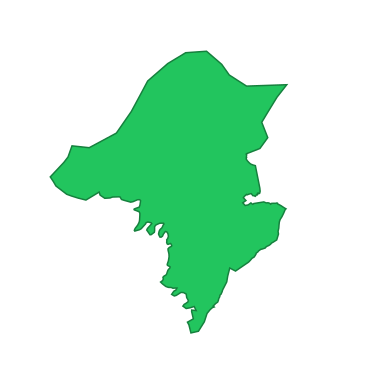 the district of Ohaozara, Ebonyi, Nigeria, rotated 69°
{"feature_id": "59680162B76130047047659", "entity_name": "Ohaozara", "entity_type": "district", "adm_level": 2, "iso_a3": "NGA", "parent_name": "Nigeria", "parent_adm1": "Ebonyi", "projection": "natural_earth1", "projection_center": [7.82, 6.011], "detail": "fine", "context": "isolated", "style": "filled", "palette": "green", "viewbox_px": 384, "rotation_deg": 69, "n_neighbors": 0, "source": "geoboundaries", "source_scale": "gbopen_adm2", "svg_char_len": 3576}
<svg xmlns="http://www.w3.org/2000/svg" viewBox="0 0 384 384"><g transform="rotate(69 192 192)"><path d="M65.8,128.0L59.7,148.0L61.5,158.0L63.4,168.6L72.5,193.6L81.7,204.2L95.1,219.8L109.9,241.5L113.8,272.1L105.9,287.5L114.9,295.2L118.5,301.1L127.1,318.9L133.0,317.6L137.6,316.9L149.2,309.8L152.6,305.9L156.8,300.6L161.5,293.9L158.8,278.7L162.0,278.9L166.6,275.7L168.2,270.6L168.2,268.1L170.3,262.0L170.8,261.0L173.7,260.5L175.5,258.3L177.2,256.0L179.5,252.9L179.9,250.6L179.7,245.6L180.4,243.6L181.7,243.1L185.6,245.3L187.2,246.7L187.1,251.5L187.3,252.3L188.0,252.3L191.5,248.4L193.2,248.3L195.0,249.0L199.6,251.1L201.3,252.2L203.4,254.5L205.6,258.1L207.1,259.6L208.0,259.4L208.1,257.8L208.4,254.6L208.1,252.6L205.1,246.7L204.2,245.9L204.2,243.9L206.1,241.2L207.1,240.9L208.7,244.0L210.1,246.7L211.3,247.9L216.9,246.5L217.2,245.3L216.1,241.6L214.8,240.8L210.9,239.3L209.8,237.3L209.6,233.4L210.2,231.5L211.0,229.7L211.9,229.7L212.4,230.6L214.6,232.8L215.6,235.3L216.8,236.7L219.2,238.3L220.6,238.3L222.6,238.1L223.1,237.0L222.7,235.4L221.0,233.7L219.3,231.0L220.1,229.9L222.2,229.4L224.9,229.9L226.7,231.4L227.6,232.8L228.7,233.0L229.8,233.7L231.5,233.8L232.3,233.2L232.4,230.4L233.4,230.2L234.9,230.1L235.4,230.7L235.5,232.4L235.9,233.7L236.5,234.8L237.8,235.2L241.5,235.7L244.2,236.6L247.8,238.7L250.7,241.1L251.7,241.2L253.9,239.3L254.9,239.7L255.9,241.8L256.6,242.7L258.0,243.9L259.3,244.9L259.9,245.6L260.2,246.3L260.5,248.3L261.2,249.7L263.1,250.0L264.2,251.4L264.8,253.6L267.2,252.5L269.7,251.0L270.9,250.2L272.6,248.2L273.7,245.6L275.0,244.3L275.8,241.6L276.3,240.5L277.9,242.4L278.0,244.2L278.7,245.4L280.3,247.7L282.7,245.8L282.9,243.8L281.8,238.3L282.9,235.9L285.2,234.0L288.7,234.8L291.7,234.3L293.1,235.1L293.8,237.7L294.1,239.6L295.3,241.4L298.7,239.2L299.4,235.3L299.7,231.0L304.2,230.6L302.1,234.6L303.5,235.2L310.9,236.2L311.9,242.9L314.9,242.5L323.2,243.5L324.3,235.9L317.6,227.0L310.8,221.5L308.3,217.2L307.2,214.2L307.3,212.5L306.1,213.1L304.6,209.9L304.0,207.5L302.6,206.2L301.1,205.2L299.7,203.6L298.4,203.0L297.8,201.5L296.0,199.7L294.4,198.5L293.0,196.9L288.4,191.8L283.3,188.8L276.5,184.0L281.4,179.7L277.7,164.2L276.7,162.1L275.4,159.7L275.0,157.3L273.8,155.6L273.0,154.6L272.1,154.0L271.5,151.9L270.8,150.9L270.6,149.6L270.1,148.7L270.3,148.0L270.3,146.9L270.5,146.5L270.4,145.9L270.5,145.1L270.5,143.6L270.0,143.0L269.8,142.3L269.5,141.2L269.5,139.6L269.0,137.5L268.2,136.1L267.9,134.1L267.1,130.1L264.9,128.4L262.2,126.3L259.7,125.8L256.8,123.9L254.0,122.6L251.3,121.2L249.3,119.6L247.3,116.9L244.6,114.0L242.1,111.6L241.7,111.1L241.4,110.3L239.9,111.5L236.4,114.0L233.8,116.3L233.1,116.2L232.7,116.6L232.5,118.0L231.5,120.6L231.1,122.0L231.6,122.9L230.3,123.6L229.3,124.9L228.8,126.6L227.0,128.5L224.9,138.5L225.3,139.6L224.3,140.4L223.3,140.9L224.1,143.8L224.1,144.9L223.9,145.7L223.7,146.7L223.7,147.2L221.0,148.2L220.3,148.5L219.3,144.7L215.8,146.1L215.5,145.7L214.8,144.6L213.8,141.9L214.4,141.6L214.4,139.4L214.6,137.9L214.8,137.2L215.6,137.0L217.2,136.5L217.9,135.1L218.7,134.6L218.6,134.1L218.3,133.8L217.6,132.5L218.1,132.1L217.8,131.4L216.7,131.3L216.6,130.7L216.9,130.3L217.5,129.7L217.2,129.0L216.6,128.7L216.1,128.4L215.7,128.1L213.4,127.5L212.8,127.3L196.5,124.5L190.1,123.4L188.6,125.4L186.9,127.2L185.5,128.0L182.6,129.2L181.5,129.4L180.7,129.6L179.9,129.2L179.4,128.7L179.1,128.9L177.9,128.2L176.7,127.6L176.3,127.9L175.8,127.6L175.7,113.0L168.4,101.8L151.9,101.9L145.1,93.2L133.9,78.6L125.8,65.1L112.7,103.1L104.3,109.3L96.1,115.3L83.5,118.5L79.2,120.8L65.8,128.0Z" fill="#22c55e" stroke="#15803d" stroke-width="1.5"/></g></svg>